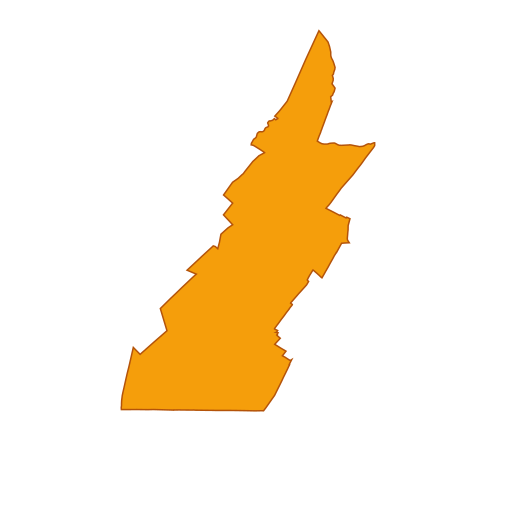 the district of Tlaxcoapan, Hidalgo, Mexico, rotated 315°
{"feature_id": "50627088B91573005183393", "entity_name": "Tlaxcoapan", "entity_type": "district", "adm_level": 2, "iso_a3": "MEX", "parent_name": "Mexico", "parent_adm1": "Hidalgo", "projection": "orthographic", "projection_center": [-99.215, 20.097], "detail": "fine", "context": "isolated", "style": "filled", "palette": "amber", "viewbox_px": 512, "rotation_deg": 315, "n_neighbors": 0, "source": "geoboundaries", "source_scale": "gbopen_adm2", "svg_char_len": 4620}
<svg xmlns="http://www.w3.org/2000/svg" viewBox="0 0 512 512"><g transform="rotate(315 256 256)"><path d="M52.2,269.4L55.6,272.8L63.3,280.4L71.0,288.3L74.8,291.9L87.0,304.8L88.5,306.4L88.8,306.8L89.0,306.7L89.1,306.8L89.6,307.3L89.9,307.7L92.5,310.2L93.2,310.9L94.6,312.4L96.6,314.4L101.9,319.8L103.0,320.8L104.1,322.1L111.1,329.3L116.9,335.2L118.0,336.4L121.9,340.3L128.3,346.7L132.9,351.4L138.9,357.6L145.9,364.9L150.5,369.3L151.9,370.8L155.6,370.3L165.9,368.5L170.6,367.7L177.1,365.5L181.6,364.0L186.0,362.5L189.8,361.1L195.2,359.3L195.4,359.2L198.1,358.3L201.1,357.2L202.9,356.6L202.8,356.2L208.0,354.5L206.5,354.1L206.3,354.1L205.6,351.2L205.0,348.2L204.1,345.2L206.8,344.9L209.9,344.5L208.4,338.7L207.7,335.6L206.8,331.7L215.0,331.3L214.7,327.2L215.2,327.0L215.0,326.5L217.3,325.9L216.3,324.3L216.5,324.4L218.6,324.0L217.5,320.7L217.8,320.4L218.5,320.3L220.6,320.0L222.4,319.7L222.8,319.7L226.0,319.2L229.1,318.7L230.8,318.5L233.9,318.1L235.0,317.9L237.4,317.5L240.7,317.1L242.2,316.9L242.3,316.8L244.2,316.5L245.3,316.4L246.3,316.3L247.0,316.2L247.4,316.0L247.4,315.6L247.4,315.2L247.2,314.6L247.1,313.8L247.7,313.6L248.5,313.6L251.6,313.4L254.2,313.2L259.6,312.8L262.4,312.7L267.9,312.4L268.3,312.4L271.4,312.2L274.4,311.4L275.2,311.2L275.2,309.9L275.3,309.2L276.9,308.6L278.2,308.2L280.3,307.6L282.5,307.1L284.2,306.7L284.6,306.6L285.7,306.3L286.4,306.2L286.5,307.0L286.6,308.1L286.9,312.3L286.9,313.2L287.0,314.1L287.0,315.9L287.0,316.1L287.0,316.9L287.2,318.1L292.0,316.8L294.4,316.1L295.0,315.9L295.3,315.9L296.6,315.5L298.9,314.9L300.9,314.3L301.2,314.2L305.0,313.1L308.3,312.2L311.5,311.2L314.2,310.6L315.2,310.3L315.3,310.5L318.7,309.5L322.1,308.5L325.5,307.5L327.4,309.1L328.2,309.8L331.3,312.6L332.0,309.4L332.9,308.2L336.0,305.6L337.6,304.2L339.5,302.7L342.6,299.7L345.0,298.3L348.8,296.1L347.6,292.7L346.6,292.8L344.6,286.5L343.9,286.5L342.5,282.0L339.2,271.8L340.6,271.6L343.4,271.5L346.9,271.1L353.4,270.0L357.0,269.4L361.8,268.7L364.0,268.3L373.2,267.7L381.6,267.2L389.2,266.1L395.8,265.3L402.8,264.1L414.4,262.6L415.9,262.4L417.3,262.0L417.6,262.0L418.3,261.6L420.0,259.8L419.7,259.5L418.9,259.1L417.6,258.5L415.8,257.7L415.6,257.2L415.1,256.4L414.4,255.9L413.3,255.4L412.4,255.1L411.2,254.8L410.1,254.4L409.1,253.9L408.3,253.3L406.4,251.7L405.6,250.4L403.7,247.7L402.6,246.0L401.8,244.8L400.9,243.7L399.9,242.9L394.8,238.3L393.2,236.6L392.5,235.1L392.0,233.3L391.6,232.1L391.2,231.4L390.3,230.6L389.2,229.6L388.2,228.8L387.4,228.2L386.2,227.7L385.2,226.9L383.3,225.0L382.7,224.2L382.0,223.2L381.3,221.2L380.6,218.1L382.4,217.2L385.9,215.6L388.6,214.5L389.2,214.2L389.7,214.0L390.5,213.5L391.8,213.0L393.6,212.1L395.6,211.2L397.4,210.4L398.6,209.8L399.4,209.5L400.1,209.1L401.0,208.7L401.8,208.3L402.5,208.0L403.4,207.6L404.0,207.3L405.2,206.8L406.7,206.1L409.4,204.8L411.8,203.8L413.0,203.2L413.9,202.8L414.9,202.3L415.4,202.1L416.0,201.9L418.9,200.6L418.1,200.4L419.6,198.5L421.4,196.2L423.9,196.4L425.7,195.5L427.0,195.2L428.1,194.7L430.6,193.2L431.5,188.0L434.7,186.4L436.2,185.0L437.7,182.3L439.4,182.1L441.0,181.0L443.6,179.8L445.3,178.5L446.3,176.6L447.0,175.3L447.7,173.9L448.3,172.6L448.8,171.2L449.2,169.7L449.8,168.6L450.2,167.7L450.7,167.1L451.3,166.4L453.1,164.6L456.1,159.9L458.2,155.7L458.4,154.3L459.7,142.4L459.8,141.2L430.6,152.0L405.9,161.6L387.5,168.6L375.5,170.0L368.2,170.4L368.8,174.1L368.5,174.3L367.4,173.9L366.3,173.7L366.1,171.8L364.1,171.8L363.1,171.5L362.5,171.0L361.8,170.8L361.2,170.1L360.6,169.8L360.2,169.8L358.7,170.0L358.3,170.2L357.7,171.5L357.1,172.6L356.8,172.9L356.0,173.1L355.3,172.9L354.0,172.3L353.1,172.2L351.8,172.5L351.0,173.0L350.6,173.0L349.8,173.1L349.2,173.0L348.5,172.7L347.8,172.2L347.6,171.9L347.3,171.5L347.0,171.2L346.3,170.6L345.9,170.4L345.6,170.3L344.7,170.3L343.9,170.2L343.3,170.4L340.8,171.8L340.2,172.1L339.6,172.2L338.7,172.1L337.9,172.0L337.1,171.8L336.5,171.9L333.8,172.7L332.5,173.0L332.1,173.3L331.8,173.5L331.6,173.8L331.2,174.0L332.3,175.8L332.7,177.1L333.4,180.1L334.3,184.1L334.4,184.7L334.9,187.1L335.1,188.0L335.1,188.9L335.1,189.0L329.2,187.2L322.3,187.0L320.7,186.9L308.4,188.3L305.2,188.8L303.2,188.6L298.4,188.5L291.6,187.3L288.0,187.9L276.2,189.9L276.9,202.1L262.1,203.9L261.6,217.4L257.1,216.5L256.0,216.3L246.6,215.8L239.8,220.5L234.1,223.8L233.9,220.5L232.9,218.6L232.1,218.6L218.2,218.0L197.2,217.3L201.0,226.6L195.6,226.3L187.6,226.1L180.6,225.9L172.8,225.8L166.7,225.6L151.2,225.5L140.2,245.9L122.8,244.7L104.5,243.6L104.6,233.9L88.2,244.2L82.0,247.9L76.9,251.1L69.2,256.0L66.0,258.0L62.9,260.0L58.8,263.2L56.6,265.2L55.2,266.6L53.5,267.9L52.2,269.4Z" fill="#f59e0b" stroke="#b45309" stroke-width="1.5"/></g></svg>